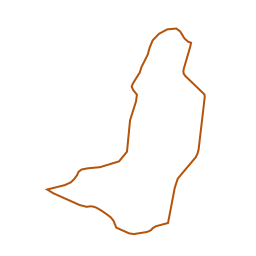 the border of Westmoreland, rotated 97°
{"feature_id": "JAM-1376", "entity_name": "Westmoreland", "entity_type": "Parish", "adm_level": 1, "iso_a3": "JAM", "parent_name": "Jamaica", "parent_adm1": "", "projection": "natural_earth1", "projection_center": [-78.09, 18.195], "detail": "fine", "context": "isolated", "style": "outline", "palette": "amber", "viewbox_px": 256, "rotation_deg": 97, "n_neighbors": 0, "source": "natural_earth", "source_scale": "10m", "svg_char_len": 908}
<svg xmlns="http://www.w3.org/2000/svg" viewBox="0 0 256 256"><g transform="rotate(97 128 128)"><path d="M198.9,200.7L192.3,183.6L188.9,178.1L185.3,175.2L181.0,172.8L177.6,171.8L174.9,169.1L172.9,163.0L170.3,151.1L162.2,132.8L151.6,126.1L120.1,126.9L100.8,123.3L93.8,123.2L89.8,127.4L86.5,129.4L83.6,128.7L73.1,123.9L72.0,123.2L66.0,122.1L52.9,117.4L45.5,116.3L38.0,114.2L30.7,108.7L25.3,101.0L23.4,92.2L25.8,88.0L32.2,82.9L35.1,78.7L35.7,75.8L39.6,76.1L62.7,79.9L65.0,79.9L67.2,79.4L69.3,77.6L85.3,56.3L87.8,55.6L140.9,55.3L144.8,55.9L148.6,57.1L172.1,72.4L181.5,74.3L217.4,76.7L222.0,88.1L224.5,91.4L225.6,92.0L226.5,92.7L227.2,93.7L227.9,94.6L229.1,97.2L232.6,109.4L232.4,114.2L228.3,127.5L221.8,131.1L220.4,132.5L218.5,134.6L213.8,143.1L211.0,149.5L210.3,152.6L210.2,154.1L210.3,155.5L210.9,158.2L211.3,159.4L210.3,166.9L201.9,194.2L198.9,200.7Z" fill="none" stroke="#b45309" stroke-width="2"/></g></svg>